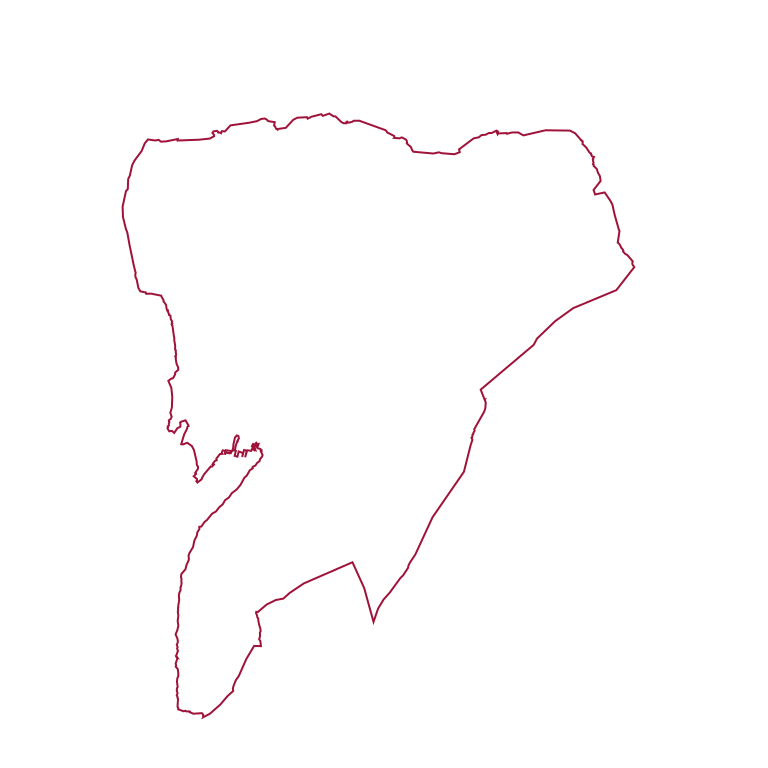 outline of Orkdal nor, Sør-Trøndelag, Norway, rotated 168°
{"feature_id": "86288312B5608393876733", "entity_name": "Orkdal nor", "entity_type": "district", "adm_level": 2, "iso_a3": "NOR", "parent_name": "Norway", "parent_adm1": "Sør-Trøndelag", "projection": "mercator", "projection_center": [9.781, 63.297], "detail": "fine", "context": "isolated", "style": "outline", "palette": "rose", "viewbox_px": 768, "rotation_deg": 168, "n_neighbors": 0, "source": "geoboundaries", "source_scale": "gbopen_adm2", "svg_char_len": 6160}
<svg xmlns="http://www.w3.org/2000/svg" viewBox="0 0 768 768"><g transform="rotate(168 384 384)"><path d="M443.7,153.5L436.5,165.5L429.1,173.4L421.8,178.7L408.2,190.9L405.1,192.8L398.6,199.3L397.9,201.2L395.5,204.2L388.9,210.6L364.2,243.6L324.1,281.5L311.7,306.7L309.1,311.0L309.6,313.2L308.8,313.6L307.9,316.1L307.2,316.3L306.7,317.7L305.3,319.1L305.0,319.8L305.2,320.9L291.6,336.3L289.9,339.3L288.3,344.9L288.8,347.9L288.5,348.1L288.9,348.2L290.6,358.4L229.4,391.2L224.9,396.6L203.5,409.9L183.1,418.9L137.2,427.5L114.9,446.3L116.1,449.3L115.9,451.0L115.2,452.2L119.1,459.4L121.3,461.5L122.6,464.0L122.2,464.5L122.3,465.5L123.8,468.3L123.8,469.2L124.8,472.2L126.0,473.7L121.8,484.8L122.2,486.2L123.2,501.4L123.3,511.9L124.3,515.6L128.3,525.5L138.1,525.5L138.7,530.2L129.9,537.6L129.6,542.3L130.8,546.2L131.1,550.0L133.6,553.8L133.3,554.8L133.9,555.6L133.0,556.8L133.2,558.7L132.7,559.8L133.0,560.7L131.4,562.4L133.2,563.5L133.5,564.3L133.4,565.1L133.7,565.6L133.5,566.4L134.8,567.5L137.0,573.3L139.9,577.4L139.2,579.9L139.8,580.3L139.9,581.1L140.8,581.6L140.8,582.2L144.9,589.5L149.4,593.2L173.3,598.6L196.0,598.2L200.3,602.1L206.5,603.4L211.7,603.2L211.8,603.9L220.5,605.4L220.9,604.8L221.3,606.3L220.3,606.0L220.3,606.8L220.0,607.2L221.3,608.5L226.5,607.1L229.3,607.7L232.7,606.7L236.9,607.2L240.0,605.6L245.3,605.6L261.8,597.9L261.7,595.0L267.3,594.1L279.7,597.8L282.1,599.2L287.9,599.2L307.0,605.1L308.0,607.3L308.3,610.0L311.7,614.6L311.2,615.6L311.2,617.3L311.8,618.6L315.3,621.5L317.9,621.1L322.8,622.6L322.5,622.8L322.5,624.5L328.7,629.5L329.1,631.2L330.1,632.2L353.5,646.7L358.7,647.8L361.0,647.0L364.9,647.0L365.3,648.3L366.2,648.3L366.9,646.9L369.6,647.6L371.3,649.2L375.8,655.8L377.9,656.4L381.2,659.9L388.1,659.0L389.2,660.9L399.4,660.5L403.5,659.4L403.9,661.0L413.5,662.5L417.8,661.3L426.8,655.0L434.8,655.5L435.2,654.9L436.5,656.2L437.1,658.8L437.8,659.7L436.4,662.8L442.6,665.2L443.9,667.3L445.6,668.5L449.2,668.8L453.7,667.5L461.7,667.6L480.4,668.9L487.1,664.1L490.0,665.0L491.3,663.2L492.2,664.1L493.9,664.4L494.0,665.4L494.9,666.4L498.4,666.5L499.6,665.3L498.4,662.9L498.7,661.7L503.3,660.3L514.2,661.4L535.3,665.1L534.8,666.5L546.4,666.6L551.8,667.4L553.6,669.6L557.3,669.8L564.0,672.3L568.0,669.1L572.6,662.3L581.6,654.4L584.9,650.3L589.3,640.6L591.6,637.7L594.1,627.9L596.3,626.3L602.8,611.8L604.6,601.7L604.2,589.2L603.6,585.6L604.0,572.7L604.1,551.3L603.8,544.5L604.7,542.1L604.8,540.2L604.2,537.5L604.3,529.2L603.1,525.3L598.0,523.1L597.9,521.7L593.0,520.8L583.5,516.7L583.3,515.1L582.2,511.7L582.5,510.7L580.7,506.7L581.0,503.0L580.7,500.8L580.1,500.9L580.2,498.8L579.7,497.0L580.0,496.3L578.7,495.3L579.1,491.7L578.2,489.2L578.6,488.8L579.1,486.8L578.8,486.7L579.3,486.1L578.8,485.1L579.6,474.0L579.5,472.5L580.0,471.0L580.3,464.9L581.2,461.0L580.6,460.1L581.0,459.2L581.3,455.5L582.5,454.3L581.9,453.4L582.5,452.0L582.7,446.8L581.9,443.1L582.3,440.6L585.3,439.0L586.1,438.2L586.3,436.9L589.2,433.5L591.2,433.4L594.3,431.9L592.8,424.4L593.8,415.4L596.3,405.3L599.0,400.2L598.5,396.1L599.9,394.2L602.0,393.2L602.1,391.7L601.8,391.4L602.9,389.6L603.0,388.1L604.4,387.5L604.3,386.5L605.0,385.7L603.9,382.4L601.2,382.2L599.4,379.8L595.3,383.7L592.1,384.6L591.4,387.2L591.5,388.7L590.2,389.3L585.7,389.7L584.0,384.5L583.8,383.6L585.1,383.1L586.0,381.1L589.9,376.3L594.9,367.3L593.4,366.7L588.7,367.4L584.9,363.4L583.6,358.9L583.4,346.9L583.9,343.8L583.1,341.7L583.4,340.6L583.7,339.6L587.2,336.3L586.5,335.7L586.5,335.1L589.3,333.3L586.7,330.0L587.1,328.1L587.7,327.9L587.0,326.4L582.2,328.7L581.7,329.8L578.6,333.2L570.6,339.4L569.6,338.9L567.4,340.3L566.3,341.2L567.5,340.4L568.4,341.2L565.3,344.0L563.5,344.2L563.5,345.9L559.0,349.6L556.7,349.3L557.0,350.4L555.6,352.6L553.0,351.6L554.2,348.9L553.8,348.7L552.4,352.1L547.2,350.1L548.7,348.3L552.6,349.6L549.0,348.2L548.2,348.2L546.9,350.0L544.9,350.3L545.7,351.4L544.8,352.9L543.9,356.1L540.9,362.6L538.6,364.3L537.2,363.3L537.3,360.9L539.2,358.9L539.4,358.5L538.3,359.0L540.2,357.2L541.8,354.6L543.4,350.5L544.4,350.4L542.8,349.4L545.0,344.8L542.5,343.4L540.1,348.2L536.3,345.9L537.9,342.1L534.6,348.5L532.1,347.3L535.1,341.2L531.6,347.6L527.8,346.2L525.3,349.5L526.2,350.5L524.0,353.3L524.8,351.8L523.8,351.6L525.8,347.8L525.4,347.0L524.5,347.1L524.4,345.9L523.7,345.6L524.2,346.2L523.9,347.0L524.0,346.3L523.5,346.0L524.1,349.8L523.7,349.9L523.3,351.3L521.2,353.1L520.8,352.4L521.7,351.1L521.7,350.5L521.0,351.6L519.9,351.5L521.3,350.6L519.8,350.2L521.0,348.7L520.9,347.4L518.4,346.2L518.0,344.9L517.6,344.8L517.7,343.8L518.5,343.8L517.5,339.8L518.5,338.2L520.6,336.6L521.9,334.3L524.2,333.4L526.9,330.9L529.1,330.5L530.1,329.7L529.9,328.9L530.4,328.6L533.2,327.5L537.4,322.8L540.0,321.4L545.3,315.2L550.0,311.5L555.5,308.9L559.2,305.3L563.6,303.4L566.8,299.8L570.8,297.7L574.9,294.2L579.1,292.9L585.4,287.8L588.5,286.2L592.2,282.6L594.4,282.7L594.7,280.5L597.3,277.9L598.7,274.5L602.2,270.0L604.6,264.3L609.6,258.9L610.8,256.9L611.4,252.7L615.0,247.7L616.7,244.1L621.7,240.3L622.8,237.2L622.5,235.7L623.2,233.4L623.4,231.4L624.5,228.4L625.3,227.5L625.8,224.8L627.7,222.1L628.6,219.9L629.3,215.1L631.4,209.8L631.6,208.4L632.1,207.8L632.3,205.9L633.0,204.3L633.3,200.2L635.1,195.1L635.4,190.3L637.5,185.9L639.9,182.4L639.0,177.9L639.1,175.3L639.7,173.6L640.9,172.2L640.6,169.6L641.4,168.3L641.0,165.9L643.8,161.4L643.0,159.3L643.6,159.7L643.3,158.8L643.5,158.0L645.9,153.8L645.8,151.8L646.5,151.0L645.0,147.9L645.3,144.0L646.0,140.9L647.3,139.2L648.4,135.9L648.8,130.7L649.8,129.4L650.5,126.7L650.2,124.4L651.5,122.5L651.0,121.1L651.3,119.9L650.9,118.9L653.1,111.2L652.6,110.1L653.0,108.6L648.0,105.5L646.3,105.7L645.4,104.8L642.3,104.2L642.0,104.0L642.2,103.3L638.9,101.1L630.6,99.9L629.6,98.2L630.0,96.7L629.6,96.2L630.0,95.7L623.0,97.6L610.7,104.5L602.2,111.1L595.3,115.1L595.2,117.4L594.1,119.7L590.6,125.0L586.7,128.6L575.8,143.7L565.5,154.8L558.9,153.2L558.4,158.2L559.2,160.3L557.7,163.0L557.1,166.6L556.1,167.8L555.8,169.9L556.2,175.2L556.1,179.2L555.7,180.6L556.4,182.0L556.3,184.2L556.8,186.5L556.3,187.7L554.8,187.2L544.6,192.7L534.8,195.2L527.1,195.0L519.6,199.3L503.9,205.6L451.9,216.2L445.8,188.5L443.7,153.5Z" fill="none" stroke="#9f1239" stroke-width="2"/></g></svg>